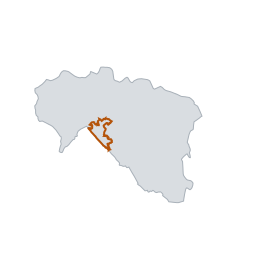 Sissili, Sissili, Burkina Faso shown in context, rotated 48°
{"feature_id": "67063806B75900195473972", "entity_name": "Sissili", "entity_type": "district", "adm_level": 2, "iso_a3": "BFA", "parent_name": "Burkina Faso", "parent_adm1": "Sissili", "projection": "orthographic", "projection_center": [-2.154, 11.45], "detail": "fine", "context": "in_parent", "style": "outline", "palette": "amber", "viewbox_px": 256, "rotation_deg": 48, "n_neighbors": 0, "source": "geoboundaries", "source_scale": "gbopen_adm2", "svg_char_len": 7209}
<svg xmlns="http://www.w3.org/2000/svg" viewBox="0 0 256 256"><g transform="rotate(48 128 128)"><path d="M185.4,157.4L179.5,157.7L177.3,158.3L176.0,158.4L175.9,157.8L175.8,157.5L168.2,155.7L163.0,154.7L157.6,153.5L157.3,154.6L156.6,155.4L155.4,155.4L154.6,155.2L154.1,156.1L153.2,157.3L151.9,157.8L150.7,158.6L150.1,159.2L149.6,159.2L148.3,157.7L146.7,157.6L143.7,157.9L142.3,157.5L140.4,157.3L136.0,157.6L129.0,157.0L127.8,157.3L127.5,157.6L120.5,157.7L112.9,157.8L106.4,157.8L100.8,157.9L100.8,157.6L99.0,157.6L98.8,158.1L97.2,164.0L97.0,167.2L97.9,169.2L98.8,170.4L99.9,170.9L100.0,171.7L99.1,172.6L99.2,173.5L100.2,174.5L100.5,175.5L99.9,176.6L100.1,179.2L100.8,183.3L100.8,185.9L100.1,187.1L100.4,189.2L101.8,192.2L102.1,193.4L101.6,194.0L100.4,194.7L99.2,194.7L97.9,192.9L97.3,192.1L96.2,190.3L95.3,188.5L94.0,187.7L92.8,187.0L91.3,184.7L89.8,183.6L88.3,183.9L86.0,183.5L81.5,182.9L76.6,183.0L74.6,183.5L72.6,184.3L67.5,186.2L65.5,187.0L64.0,189.3L62.3,189.3L60.6,188.5L59.5,187.5L57.2,187.7L55.0,186.6L52.8,184.6L51.3,184.0L49.2,182.5L48.7,179.7L47.4,177.8L46.3,175.1L44.5,173.9L42.5,173.2L39.8,173.3L37.9,172.2L36.5,170.7L36.9,169.3L37.6,167.4L37.7,165.5L38.1,162.5L37.9,158.8L37.4,156.1L39.0,155.0L40.8,154.1L41.9,152.3L43.1,148.3L43.6,144.9L43.2,143.6L42.7,142.5L42.2,141.0L42.0,139.2L42.3,137.6L43.7,136.2L45.4,135.0L46.6,134.4L49.7,133.8L53.7,132.9L56.0,131.9L57.6,130.9L58.6,130.1L59.5,128.4L61.1,127.1L62.2,125.8L62.4,122.1L62.4,120.0L61.6,118.9L61.1,117.9L67.0,115.1L67.0,113.0L66.2,110.8L65.1,108.9L64.7,107.4L66.3,105.5L67.8,104.2L68.8,103.0L71.1,101.2L73.5,100.8L75.7,101.4L82.0,105.7L83.1,106.0L84.4,105.7L86.1,104.6L88.3,103.7L89.1,100.9L89.1,96.7L89.6,94.8L90.7,94.5L94.4,95.3L95.3,95.3L96.4,95.0L97.2,94.3L97.1,93.0L97.0,91.8L98.2,87.9L100.4,85.0L104.8,81.4L106.1,80.7L107.7,80.3L115.6,82.8L116.9,82.2L118.8,76.0L120.9,75.4L123.5,75.3L125.2,74.8L126.0,74.4L129.8,72.0L136.3,68.8L139.9,67.4L140.6,66.9L143.1,64.6L146.4,62.0L148.6,61.5L151.5,61.3L153.4,61.7L153.9,62.4L154.5,62.8L158.4,61.7L163.9,63.4L168.7,65.1L168.4,66.2L168.4,68.1L168.1,71.2L167.6,74.8L169.6,77.2L172.0,79.7L172.7,80.7L172.1,83.3L172.5,84.7L173.8,87.2L176.0,90.3L178.2,93.5L179.7,93.9L181.2,94.1L182.1,94.7L183.4,95.2L184.7,95.6L185.8,96.3L186.5,97.0L187.4,98.9L189.9,100.2L191.7,101.5L191.0,102.2L188.8,101.9L186.8,101.4L186.5,102.3L186.5,106.0L186.9,109.0L187.3,109.4L189.4,109.9L194.3,113.8L198.8,117.5L200.3,118.4L202.7,118.8L205.4,118.9L206.6,118.5L209.2,116.6L210.6,116.4L211.9,116.4L212.6,116.7L213.9,118.2L215.2,120.5L215.5,122.2L215.4,123.1L215.0,123.5L212.9,123.9L211.9,124.3L211.7,124.8L212.1,126.0L212.5,126.7L214.9,130.0L218.4,134.4L219.5,135.6L218.9,136.9L217.2,140.5L215.9,141.9L210.2,147.0L207.4,146.5L201.5,147.5L200.6,146.4L199.2,146.3L197.5,146.5L196.8,146.9L196.7,147.4L196.0,148.1L195.0,150.1L194.1,150.6L193.1,150.9L191.8,150.9L191.0,151.2L191.0,152.2L190.8,153.0L189.9,153.5L189.6,154.4L189.7,155.3L189.1,155.8L188.0,155.6L187.3,155.3L186.7,156.5L186.0,157.4L185.4,157.4Z" fill="#d9dde1" stroke="#a8b0b8" stroke-width="1"/><path d="M99.6,151.9L99.7,152.0L99.8,152.3L99.7,152.8L99.8,153.0L99.9,153.5L100.0,154.0L100.0,154.3L101.2,153.8L101.3,153.8L101.4,153.7L101.2,153.1L101.3,152.9L101.5,152.8L101.8,152.8L102.1,152.8L102.6,153.3L102.9,153.5L103.1,153.9L103.4,154.1L103.7,154.3L104.0,154.5L104.2,154.9L104.1,155.6L104.0,155.8L103.9,156.2L103.6,156.3L103.1,156.2L102.7,156.2L102.6,156.3L102.5,156.6L102.4,156.8L102.2,157.0L101.8,157.2L101.7,157.3L101.7,157.5L101.9,157.6L102.0,157.7L102.6,157.7L104.1,157.7L104.5,157.7L104.8,157.7L105.4,157.8L105.5,157.8L105.9,157.8L106.2,157.9L106.5,158.0L108.2,157.9L109.3,157.9L109.7,157.9L109.9,157.9L110.5,157.9L111.4,157.9L111.8,157.9L112.2,157.9L112.3,157.8L112.8,157.9L113.2,157.9L113.5,158.0L114.6,158.1L116.8,158.1L117.1,158.1L118.8,158.0L119.0,158.1L119.8,158.0L123.1,158.0L123.9,158.0L124.1,158.1L124.8,158.1L125.1,157.9L126.1,157.6L126.5,157.6L126.8,157.7L127.0,157.8L127.7,157.8L127.8,157.7L127.8,157.4L127.8,157.2L129.1,157.1L129.3,157.1L129.6,157.1L130.1,157.1L130.7,157.1L131.4,157.1L131.5,157.2L131.5,156.9L131.4,156.8L131.5,156.7L131.6,156.4L131.7,156.2L131.4,156.3L131.4,156.5L131.2,156.6L131.0,156.4L130.9,156.4L130.7,156.2L130.4,155.9L130.2,155.8L130.2,155.7L130.3,155.6L130.4,155.3L130.1,155.3L129.9,155.4L129.7,155.2L129.4,155.3L129.2,155.4L128.9,155.4L128.8,155.2L128.7,154.9L128.5,155.0L128.4,155.0L128.2,154.9L128.2,154.7L128.3,154.6L128.2,154.5L128.1,154.4L128.0,154.5L127.8,154.5L127.7,154.7L127.4,154.6L127.3,154.4L127.3,154.2L127.2,154.2L126.8,153.9L126.6,153.9L126.7,153.7L126.4,153.7L126.2,153.7L126.2,153.3L126.4,153.1L126.9,152.5L127.0,152.3L127.0,152.1L127.0,151.8L127.0,151.6L127.0,151.1L127.2,150.9L127.4,150.8L127.6,150.7L127.6,150.3L127.5,149.8L127.5,149.6L127.6,149.4L127.4,149.3L127.3,149.1L127.2,149.0L127.1,148.9L126.9,148.8L126.7,148.8L126.7,148.7L126.5,148.4L126.4,148.4L125.8,148.3L125.2,148.2L124.9,148.2L124.8,148.3L124.7,148.5L124.3,149.0L124.0,149.2L123.7,149.5L123.2,149.8L122.9,150.0L122.6,150.1L122.3,150.1L122.0,149.8L121.9,149.7L121.7,149.7L121.4,149.6L121.5,149.4L121.5,149.2L121.4,149.0L121.5,148.8L120.3,148.8L119.6,148.8L119.4,149.0L119.2,149.2L119.2,149.3L119.1,149.6L118.9,149.5L118.7,149.5L118.5,149.8L118.5,150.0L118.4,150.6L118.2,150.8L118.2,150.6L118.1,150.8L117.8,150.7L117.6,150.7L117.4,150.7L117.2,150.6L117.1,150.4L117.1,150.2L116.9,150.2L116.9,149.9L116.4,149.6L116.1,149.4L115.8,149.1L115.5,148.8L115.2,148.4L115.0,147.9L114.7,147.3L114.7,147.1L114.4,146.1L113.9,145.4L113.6,145.1L113.3,145.1L112.3,145.2L112.1,145.2L111.4,145.2L111.1,145.1L110.8,144.9L110.5,144.8L110.2,144.7L109.9,144.4L109.9,144.2L109.8,143.7L109.9,142.7L109.9,142.4L109.9,141.0L110.0,140.6L110.2,140.3L110.3,140.2L110.5,140.1L110.6,140.3L110.9,140.3L111.0,140.3L111.4,140.4L111.5,140.5L112.1,140.6L112.3,140.5L112.4,140.4L112.4,139.9L112.4,139.5L112.2,138.8L112.1,138.6L111.9,138.2L112.0,138.0L112.4,138.0L112.5,137.9L112.4,137.5L112.2,136.3L112.1,135.7L111.9,135.8L111.7,135.8L111.4,135.9L111.3,136.0L111.1,136.0L110.8,136.0L109.6,136.3L109.4,136.3L108.8,136.3L108.5,136.3L108.3,136.5L108.2,136.7L108.0,137.0L107.7,137.1L107.2,137.3L106.7,137.8L106.5,138.2L106.4,138.3L106.2,138.4L106.2,138.6L105.9,138.5L105.8,138.4L105.7,138.3L105.7,138.5L105.6,138.9L105.5,139.4L105.5,139.8L105.4,139.9L105.1,140.0L104.9,140.1L104.9,140.3L105.1,140.7L105.1,141.0L105.2,141.4L105.2,141.9L105.2,142.4L105.1,142.7L105.1,142.8L104.3,142.8L104.1,142.8L103.4,142.7L102.6,143.0L102.3,143.2L102.0,143.3L102.4,143.5L102.6,143.7L102.7,143.9L102.8,144.3L102.8,144.7L102.8,145.1L102.7,145.5L102.8,145.8L103.0,146.1L103.4,146.3L104.0,146.6L104.3,146.7L104.8,147.1L105.1,147.2L105.3,147.3L105.7,147.3L105.8,147.4L105.9,147.5L106.0,147.5L106.3,147.8L106.2,147.9L106.1,148.1L105.8,148.3L105.7,148.4L105.4,148.5L105.3,148.8L105.2,148.7L105.0,148.8L104.7,148.7L104.6,148.8L104.2,148.7L104.1,148.8L103.9,148.7L103.9,148.8L103.8,149.0L103.7,149.4L103.8,149.6L103.7,149.8L103.4,149.8L103.2,149.8L102.3,149.8L102.0,149.8L101.9,149.7L101.7,149.6L101.3,149.4L101.2,149.3L100.7,149.6L100.4,149.8L100.3,150.0L100.1,150.5L99.9,150.7L99.7,150.9L99.6,151.2L99.6,151.3L99.6,151.5L99.6,151.8L99.6,151.9Z" fill="none" stroke="#b45309" stroke-width="2"/></g></svg>